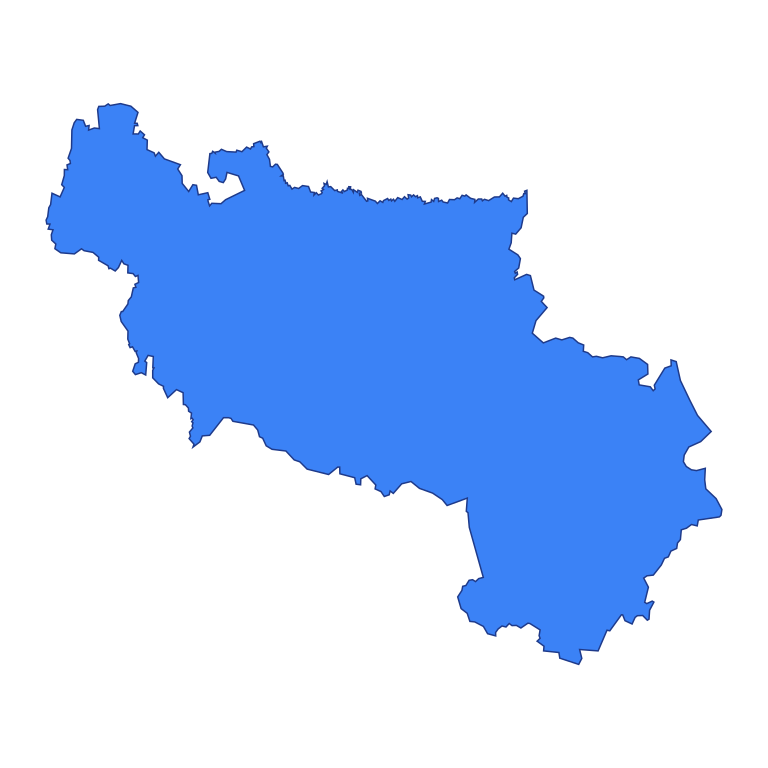 the district of Pueblo Nuevo, Córdoba, Colombia
{"feature_id": "7082276B76767712756641", "entity_name": "Pueblo Nuevo", "entity_type": "district", "adm_level": 2, "iso_a3": "COL", "parent_name": "Colombia", "parent_adm1": "Córdoba", "projection": "robinson", "projection_center": [-75.437, 8.472], "detail": "fine", "context": "isolated", "style": "filled", "palette": "blue", "viewbox_px": 768, "rotation_deg": 0, "n_neighbors": 0, "source": "geoboundaries", "source_scale": "gbopen_adm2", "svg_char_len": 6090}
<svg xmlns="http://www.w3.org/2000/svg" viewBox="0 0 768 768"><path d="M721.9,509.5L716.1,498.6L705.8,488.8L704.7,479.8L705.3,468.3L696.5,470.6L691.4,469.8L686.3,466.5L683.4,461.7L684.2,455.1L688.8,447.0L700.7,441.6L711.2,431.5L697.5,415.4L689.9,400.4L680.4,380.5L676.2,361.6L671.0,359.9L671.2,365.8L664.8,368.1L654.3,385.2L655.1,388.9L653.2,390.7L650.3,386.8L639.2,384.9L638.3,379.9L647.9,374.0L647.6,364.4L639.4,358.4L630.9,356.9L626.6,359.7L623.3,356.9L619.9,356.5L611.1,355.8L602.6,357.8L596.4,356.3L592.5,356.9L587.8,352.7L583.3,351.3L583.7,345.0L578.2,342.8L572.9,338.1L569.7,337.4L561.8,339.9L555.7,338.1L543.3,342.9L532.3,333.2L536.0,320.6L547.1,307.6L541.3,301.4L543.8,297.9L543.6,296.2L534.0,290.1L530.4,275.6L526.6,274.4L514.7,279.8L514.3,277.8L517.6,274.3L517.1,272.0L515.3,273.2L514.6,271.5L518.7,268.0L520.4,258.6L517.9,254.9L508.9,249.2L511.2,242.8L511.9,233.2L515.7,234.1L521.1,227.8L523.3,217.3L527.3,213.5L526.9,190.3L524.6,191.2L525.3,193.6L523.8,193.6L523.0,196.2L518.3,198.7L513.5,198.1L511.3,201.6L508.5,199.8L508.7,198.0L507.0,197.2L506.7,195.4L505.1,196.2L502.7,193.2L499.4,196.9L494.4,197.0L488.6,200.6L484.5,199.3L482.4,200.8L481.7,199.0L478.3,199.0L474.6,202.4L474.9,199.4L470.6,198.3L466.1,194.9L464.8,196.1L462.1,195.3L459.8,198.7L457.1,197.9L454.5,199.7L449.5,199.5L447.6,203.0L443.1,202.0L441.7,200.2L438.6,201.5L438.4,198.4L437.1,197.8L434.6,198.4L433.7,201.4L431.5,199.6L431.1,202.1L424.4,204.0L425.3,201.4L422.3,201.3L420.3,196.9L417.6,197.8L417.4,195.7L415.4,196.7L413.6,194.9L411.5,196.8L410.7,195.1L408.1,194.7L408.6,198.1L407.1,199.1L404.5,196.7L402.1,199.5L397.7,197.6L394.8,201.3L393.5,199.2L391.5,200.9L390.8,199.1L388.8,200.4L387.6,198.5L383.5,200.6L382.8,202.4L380.1,200.8L377.4,203.5L375.3,201.1L367.5,198.3L367.8,200.9L366.6,201.3L361.4,194.5L359.8,195.4L359.3,193.3L361.4,192.9L361.0,191.4L358.0,190.2L357.3,192.3L353.6,189.8L353.3,192.3L351.8,189.5L350.2,189.4L350.6,186.8L348.8,186.7L348.9,188.6L347.5,188.3L347.3,190.0L344.4,191.5L342.9,189.9L341.2,191.8L343.0,193.2L337.5,191.4L337.3,189.9L334.7,190.6L330.7,186.6L328.4,186.9L327.1,181.7L326.2,184.4L324.0,183.4L324.5,185.8L322.2,188.3L323.5,189.5L321.1,190.9L322.2,192.6L321.5,193.7L318.4,195.0L316.3,192.7L314.0,195.0L314.4,192.5L310.6,192.0L308.5,186.5L302.5,185.6L298.6,188.5L294.6,187.4L292.0,189.1L289.8,185.4L288.2,185.8L287.2,182.8L284.9,183.5L285.9,183.0L285.0,180.2L284.1,180.6L283.3,175.9L281.2,175.9L283.3,174.3L282.9,173.0L277.3,164.4L275.5,164.2L272.7,166.9L270.4,166.4L269.5,159.4L266.9,154.6L268.9,151.9L266.3,148.2L267.3,146.2L263.4,146.8L261.6,141.6L260.9,142.6L260.0,141.2L253.6,143.7L253.9,146.6L251.6,146.9L250.5,149.0L246.6,147.1L241.9,151.7L236.8,150.2L236.0,152.1L226.7,151.6L221.4,149.3L219.1,151.4L214.8,152.2L215.1,153.1L212.7,151.3L211.7,153.4L209.9,153.6L207.7,172.5L211.0,178.3L216.2,177.3L219.2,181.4L223.3,182.6L225.6,179.0L227.0,172.4L238.5,175.9L244.6,190.4L225.6,199.7L221.0,203.7L211.8,203.3L209.6,205.9L208.0,201.0L208.0,199.7L209.8,199.3L207.8,192.7L198.3,194.8L196.5,185.3L192.9,184.7L188.7,191.5L182.2,183.4L182.0,175.7L177.7,169.0L180.4,164.7L164.4,158.9L158.8,152.3L155.4,156.2L154.1,152.8L147.0,149.6L147.3,140.1L142.7,137.7L144.5,134.8L140.2,131.0L138.3,134.0L133.1,133.9L134.5,125.7L137.8,125.6L137.2,123.3L134.6,123.2L138.0,112.4L130.9,106.2L120.5,103.6L110.1,105.5L108.2,103.9L104.7,106.2L98.8,106.4L97.6,109.6L99.4,128.6L94.3,128.0L88.6,130.1L89.1,125.5L85.6,126.3L83.3,120.3L76.7,119.4L74.2,122.8L71.9,129.9L71.5,148.4L68.1,158.2L70.0,160.5L70.4,163.5L67.0,164.9L67.7,169.7L64.4,169.5L64.3,175.6L61.7,184.7L64.3,187.4L60.1,196.9L52.0,193.2L50.6,204.6L48.8,207.8L47.7,216.7L46.1,220.1L46.8,224.0L50.0,224.1L48.2,229.1L53.0,229.8L51.3,234.8L51.7,240.2L55.8,244.0L54.9,248.7L60.8,252.8L74.4,253.9L81.5,248.8L84.1,250.7L93.0,252.4L98.7,257.2L98.6,260.3L108.1,265.8L108.9,268.7L110.5,268.2L115.2,271.0L118.4,267.6L121.7,260.4L123.9,263.8L128.0,265.3L127.8,272.9L133.1,273.6L135.4,276.5L138.0,275.4L138.6,282.5L134.9,284.3L135.9,287.3L133.3,287.9L131.3,296.9L128.3,300.5L127.9,304.0L122.7,311.5L121.3,311.6L119.8,315.3L121.2,321.5L128.0,331.1L127.8,339.1L129.6,343.8L128.7,344.6L130.1,347.6L132.5,346.8L135.1,351.4L136.8,351.0L136.2,352.7L138.6,358.5L138.4,362.3L135.2,363.8L132.7,371.3L135.4,374.6L141.3,372.7L145.7,375.0L146.7,362.6L144.8,361.1L148.1,355.4L153.3,356.5L152.8,367.8L154.0,367.9L152.7,370.4L152.7,377.8L158.6,383.9L163.5,386.3L163.4,388.3L167.7,397.7L176.5,389.6L183.1,392.7L183.4,404.5L185.4,404.7L188.4,408.0L188.6,411.2L191.5,413.1L190.9,418.7L192.1,418.2L193.2,419.7L191.7,421.7L193.0,422.8L192.1,426.0L192.9,427.9L189.4,432.1L190.5,436.2L189.1,438.6L194.0,444.2L193.0,447.1L199.9,441.9L202.3,435.9L209.7,435.3L223.5,417.7L228.6,417.7L231.0,418.4L232.9,421.3L253.5,425.0L257.7,430.0L259.5,436.7L262.7,438.2L266.2,445.8L272.0,449.3L285.9,451.0L294.2,459.9L299.8,461.8L307.1,469.1L328.6,474.5L337.7,467.1L339.7,467.1L339.9,473.8L354.7,477.7L356.1,484.2L360.6,484.8L360.8,478.8L367.1,475.6L375.8,485.0L375.1,488.9L381.0,491.6L384.3,496.5L389.2,494.8L390.1,491.0L393.3,493.4L401.7,483.8L411.0,481.5L419.5,488.4L432.6,493.1L442.3,499.6L447.1,505.5L467.3,498.1L466.3,511.3L468.0,512.7L469.3,527.4L483.3,577.4L478.7,578.6L475.5,581.6L472.6,579.7L469.1,580.3L465.9,585.5L462.7,586.3L461.9,590.4L457.7,596.9L461.1,608.6L467.2,613.3L469.9,621.4L474.7,621.9L483.4,626.4L487.6,633.7L495.7,635.9L495.6,632.5L498.2,628.9L502.0,626.0L506.0,627.0L509.2,623.5L512.0,625.6L516.4,625.4L520.9,628.0L527.9,623.2L529.9,623.5L540.1,629.9L539.1,635.7L540.1,638.3L537.1,641.2L544.0,646.2L543.6,650.9L558.9,652.5L559.8,658.2L578.7,664.4L581.8,658.4L579.6,649.5L598.1,650.9L607.0,630.2L609.8,630.8L621.4,614.8L622.7,614.9L625.0,620.7L632.1,624.0L635.1,617.4L637.4,615.7L642.7,615.5L647.3,620.2L649.0,619.2L649.6,610.2L653.9,602.1L652.2,601.1L646.8,603.6L644.7,602.3L648.4,587.2L643.7,578.1L647.0,575.8L653.3,575.1L661.3,565.0L664.5,558.3L668.3,556.9L670.9,551.1L676.7,548.4L677.5,543.0L680.4,539.6L681.3,529.8L686.5,528.2L691.5,524.5L697.2,525.9L698.3,520.0L719.4,516.9L721.0,515.3L721.9,509.5Z" fill="#3b82f6" stroke="#1e3a8a" stroke-width="1.5"/></svg>